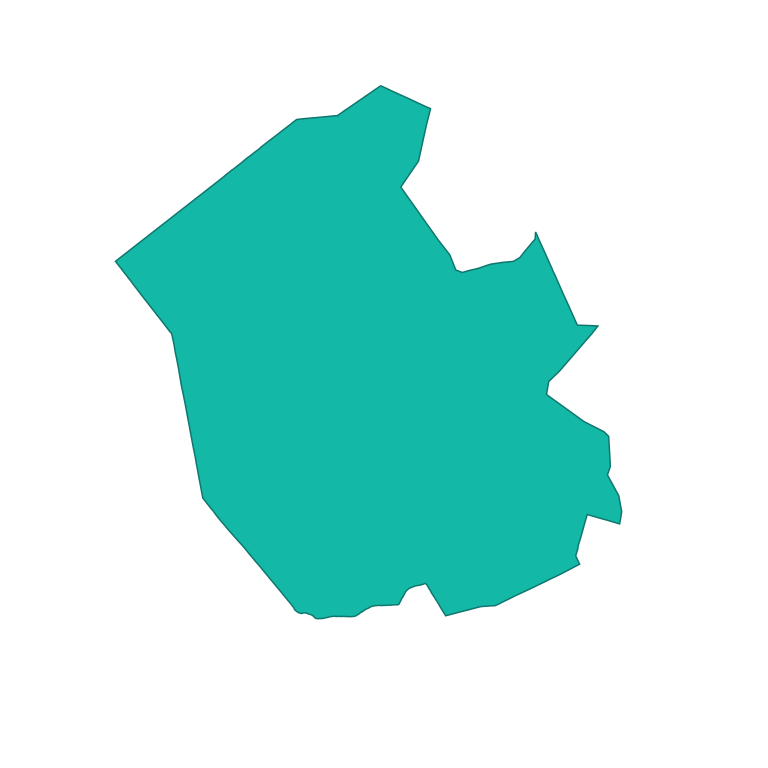 the district of Linguere, Louga, Senegal, rotated 322°
{"feature_id": "50182788B14678638932037", "entity_name": "Linguere", "entity_type": "district", "adm_level": 2, "iso_a3": "SEN", "parent_name": "Senegal", "parent_adm1": "Louga", "projection": "natural_earth1", "projection_center": [-15.296, 15.307], "detail": "fine", "context": "isolated", "style": "filled", "palette": "teal", "viewbox_px": 768, "rotation_deg": 322, "n_neighbors": 0, "source": "geoboundaries", "source_scale": "gbopen_adm2", "svg_char_len": 5691}
<svg xmlns="http://www.w3.org/2000/svg" viewBox="0 0 768 768"><g transform="rotate(322 384 384)"><path d="M247.8,149.6L247.7,152.7L247.7,157.5L247.6,162.9L247.6,173.4L247.6,183.6L247.6,193.9L247.6,204.2L247.5,210.8L247.6,212.0L247.7,213.0L247.6,213.3L247.2,214.7L243.9,221.4L242.1,225.0L241.5,225.9L241.1,226.8L239.4,229.8L236.6,235.5L235.2,238.3L231.2,246.1L227.5,252.8L226.4,254.8L225.5,256.6L224.5,258.3L223.0,261.2L220.1,267.2L214.8,277.8L209.3,288.3L204.2,298.2L204.0,298.5L203.8,298.9L198.3,309.5L192.9,320.0L190.1,325.8L189.4,326.9L188.6,328.5L187.4,330.6L187.3,330.8L185.4,334.5L185.3,334.8L181.9,341.2L176.5,351.7L171.0,362.3L171.0,367.0L171.0,371.7L171.0,376.4L171.2,377.3L171.0,384.6L171.0,387.9L171.1,388.9L171.1,391.8L171.2,393.3L171.4,397.5L171.5,401.7L171.8,406.9L171.8,407.2L171.9,407.8L171.9,408.5L172.1,412.3L172.5,418.5L173.0,424.7L173.1,428.1L173.2,434.4L173.2,434.9L173.4,440.0L173.5,444.3L173.9,451.1L173.9,454.8L174.0,457.4L174.2,464.4L174.4,471.4L174.6,478.5L174.8,484.2L174.9,489.7L175.0,493.5L175.1,497.2L175.2,501.0L175.2,504.6L174.6,506.8L175.2,509.6L175.9,511.7L176.5,512.2L177.1,513.6L178.6,514.5L179.6,514.7L180.0,515.1L180.9,515.6L181.4,516.4L182.1,517.2L182.6,518.1L183.1,519.1L183.7,519.8L184.2,520.5L184.7,521.3L185.1,522.3L185.4,523.1L185.4,524.3L185.6,525.4L185.8,526.3L186.3,527.2L187.2,528.0L188.1,528.8L189.4,529.5L190.2,530.3L191.2,530.9L192.3,531.5L193.5,532.0L195.0,532.8L197.6,533.9L199.0,534.6L200.8,535.8L201.9,536.4L203.6,538.1L204.6,538.7L207.2,540.9L208.8,542.0L210.5,543.5L213.0,545.6L214.7,547.0L216.9,548.4L217.6,548.8L217.8,548.9L219.0,549.3L219.6,549.5L220.2,549.5L221.0,549.6L221.5,549.6L222.1,549.7L222.9,549.8L223.5,549.8L224.7,549.6L225.5,549.7L226.3,550.1L227.1,550.1L227.9,550.2L228.9,550.2L229.8,550.3L230.7,550.3L231.2,550.3L232.3,550.7L233.0,550.8L234.0,551.1L235.1,551.2L236.3,551.4L237.2,551.7L237.9,551.7L238.6,552.2L239.0,552.5L240.1,553.1L240.8,553.3L241.4,553.8L242.3,554.5L243.1,554.8L244.0,555.6L245.4,556.7L246.0,557.4L247.0,557.9L248.0,558.7L248.4,559.0L249.6,559.9L250.8,560.7L251.9,561.4L253.0,562.3L254.1,563.0L255.2,563.7L256.5,564.6L257.3,565.3L258.7,566.2L259.4,566.7L260.2,566.7L260.9,566.4L261.6,566.1L262.1,565.8L263.2,565.4L264.4,564.8L265.6,564.1L266.7,563.8L267.7,563.5L268.5,563.1L269.1,562.8L270.0,562.5L270.8,562.1L271.6,561.8L271.8,561.7L272.3,561.4L273.0,561.0L273.6,560.9L274.2,560.8L274.8,560.7L275.8,560.7L276.4,560.6L277.1,560.5L277.7,560.5L278.3,560.7L279.2,560.9L280.2,561.1L281.1,561.4L282.0,561.6L282.6,561.9L283.3,562.1L283.9,562.2L284.7,562.6L285.7,563.0L286.4,563.5L287.2,564.0L288.4,564.6L289.7,565.0L291.1,565.8L291.9,566.0L292.7,566.2L293.6,566.5L294.0,566.9L294.0,567.8L294.2,568.9L293.9,569.8L294.0,570.8L293.6,571.8L293.6,572.7L293.4,573.7L293.4,575.5L292.9,576.9L292.8,578.3L292.6,579.9L292.5,581.6L292.4,582.8L292.2,584.5L292.0,586.0L291.9,588.2L291.7,589.6L291.5,591.4L291.2,593.3L290.9,595.5L290.8,596.5L289.9,604.6L297.1,607.7L303.7,610.5L310.2,613.4L316.8,616.2L323.4,619.1L329.2,623.0L335.0,627.0L337.8,627.8L343.0,628.8L348.2,629.9L353.4,631.0L358.5,632.0L362.5,633.0L366.5,633.9L370.5,634.8L374.7,635.8L378.9,636.7L383.1,637.6L390.1,639.1L395.9,640.3L401.6,641.6L407.3,642.8L410.2,643.3L412.3,643.7L417.2,644.6L422.2,645.5L427.2,646.4L429.3,637.4L434.9,633.5L434.9,633.4L437.6,630.9L446.3,624.8L454.9,618.4L463.8,612.0L470.5,621.3L477.0,630.1L483.5,639.3L487.8,635.6L492.8,630.8L495.3,626.0L497.8,621.2L500.3,616.4L501.2,610.6L502.2,604.8L503.1,599.0L504.1,593.2L511.5,588.4L515.9,582.2L520.2,576.0L524.5,569.8L528.8,563.6L528.0,557.2L524.8,550.2L521.5,543.3L518.3,536.3L515.8,527.5L513.2,518.7L510.7,509.9L508.1,501.1L505.6,492.3L506.5,491.5L515.3,483.5L520.3,482.9L525.3,482.4L530.3,481.9L538.3,480.3L546.4,478.7L554.4,477.1L562.4,475.5L570.5,473.9L578.5,472.4L581.8,471.6L585.1,470.8L588.3,470.0L588.2,469.9L580.8,463.5L572.6,456.7L574.3,449.7L575.3,445.7L578.0,434.7L579.3,429.4L580.6,423.8L583.4,412.8L586.2,401.7L586.6,399.4L587.3,397.0L588.9,390.7L591.6,379.7L594.2,369.0L595.1,365.1L596.2,361.2L597.0,357.5L592.4,362.8L587.4,363.8L582.4,364.9L577.4,365.9L568.9,368.0L561.4,367.0L553.0,361.6L545.5,357.3L541.7,355.2L537.7,353.7L533.6,352.3L529.5,350.9L520.1,346.6L514.5,344.4L510.8,338.5L511.2,337.1L512.3,333.1L513.9,327.8L515.4,322.5L515.4,316.1L515.4,309.6L515.4,303.2L515.9,294.1L516.3,284.9L516.7,275.8L517.2,266.6L517.6,257.5L518.0,248.3L518.5,239.2L524.5,237.2L530.5,235.3L536.5,233.4L542.5,231.5L548.5,229.6L555.4,223.8L562.3,218.1L569.3,212.3L576.2,206.6L580.9,202.9L585.6,199.3L590.2,195.7L587.2,190.2L581.8,179.5L576.2,168.6L570.6,158.0L568.0,152.7L565.1,147.1L562.4,146.8L556.3,146.4L551.8,146.2L551.3,146.1L547.9,145.9L539.3,145.4L534.1,145.1L532.8,145.0L532.6,145.0L530.6,144.9L522.0,144.3L513.6,143.9L513.3,144.3L510.7,142.6L508.7,141.3L504.6,138.7L495.8,133.1L487.2,127.5L478.1,121.8L474.4,121.7L473.3,121.7L469.6,121.8L460.8,121.7L452.0,121.7L443.4,121.6L439.9,121.6L436.4,121.6L432.9,121.6L432.7,121.6L429.6,121.9L424.7,121.7L419.8,121.8L415.0,121.6L409.9,121.8L405.1,121.9L400.2,121.9L397.3,121.9L395.2,121.7L393.0,121.8L390.4,121.8L387.6,121.8L387.2,121.8L385.4,122.0L381.7,122.0L381.4,122.0L380.5,122.0L375.6,122.0L370.6,122.0L365.7,122.0L360.8,122.0L355.9,122.0L351.0,122.0L346.0,122.0L341.1,122.0L336.2,122.0L331.3,122.0L326.3,122.0L321.4,122.0L316.5,122.0L311.6,122.0L306.7,122.0L301.7,122.0L296.8,122.0L293.4,122.0L293.0,122.0L287.0,122.0L282.1,122.0L277.1,122.0L272.2,122.0L267.3,122.0L262.4,122.0L257.4,122.0L252.5,122.0L247.9,122.0L247.9,122.5L247.9,126.8L247.9,129.6L248.0,131.4L247.8,132.9L247.9,134.6L247.8,136.4L247.9,138.2L247.9,141.8L247.8,144.3L247.9,147.1L247.8,149.6Z" fill="#14b8a6" stroke="#0f766e" stroke-width="1.5"/></g></svg>